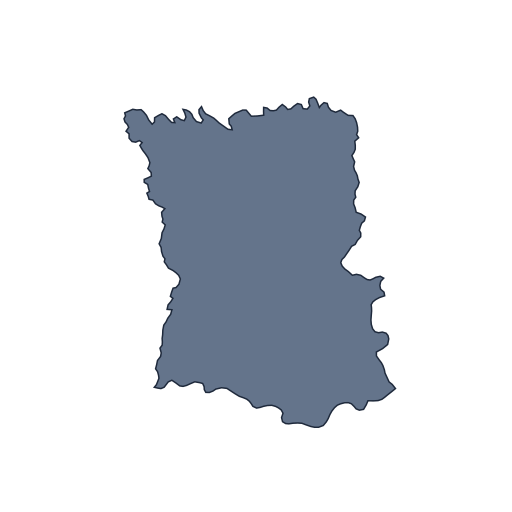 the district of Varjão de Minas, Minas Gerais, Brazil, rotated 247°
{"feature_id": "56859067B57978075646781", "entity_name": "Varjão de Minas", "entity_type": "district", "adm_level": 2, "iso_a3": "BRA", "parent_name": "Brazil", "parent_adm1": "Minas Gerais", "projection": "mercator", "projection_center": [-45.92, -18.46], "detail": "fine", "context": "isolated", "style": "filled", "palette": "slate", "viewbox_px": 512, "rotation_deg": 247, "n_neighbors": 0, "source": "geoboundaries", "source_scale": "gbopen_adm2", "svg_char_len": 4201}
<svg xmlns="http://www.w3.org/2000/svg" viewBox="0 0 512 512"><g transform="rotate(247 256 256)"><path d="M357.2,390.9L357.2,385.5L360.7,381.9L364.7,380.8L368.6,381.2L370.6,378.5L369.4,374.8L367.9,372.3L372.7,372.5L376.9,372.5L379.7,371.2L380.0,366.6L377.1,364.6L373.1,364.2L371.2,360.6L373.2,356.9L377.7,356.9L380.1,353.8L379.1,349.2L377.8,345.6L378.5,342.4L381.6,341.5L385.2,339.4L383.9,335.2L382.3,331.8L382.9,328.8L384.4,325.8L387.8,324.1L389.8,321.1L386.0,319.4L382.6,318.1L384.4,311.8L386.5,306.3L390.7,305.0L394.1,304.0L395.5,300.9L395.5,297.1L395.5,292.4L394.5,289.0L393.0,284.6L388.0,283.0L385.1,283.9L381.5,283.4L383.6,279.7L387.4,277.4L390.3,275.6L392.9,274.0L396.3,272.5L399.4,271.0L402.9,268.3L406.6,265.2L410.4,264.2L414.8,264.2L413.0,260.7L409.7,259.4L404.6,259.7L401.9,260.6L399.8,257.5L403.0,253.7L407.9,252.2L411.5,252.3L414.8,251.2L417.6,248.9L419.5,246.1L415.3,246.3L411.2,245.8L408.6,242.9L410.8,240.1L415.1,237.4L414.4,233.5L410.5,233.4L411.9,230.5L415.9,228.9L420.5,227.5L423.7,225.0L423.5,221.3L422.9,216.7L419.0,214.9L417.9,211.9L423.1,210.4L428.3,210.1L432.6,208.8L435.6,207.4L437.0,203.3L439.2,199.9L439.1,196.5L439.1,191.1L435.9,190.6L433.9,188.1L430.5,187.8L427.3,189.0L424.2,189.1L421.6,185.1L418.1,186.9L414.0,185.2L409.8,186.6L407.8,189.7L407.8,193.7L404.9,195.5L403.2,192.3L400.1,192.6L397.1,193.1L393.4,194.1L388.7,195.0L383.4,194.8L380.8,192.9L378.7,190.6L373.8,192.1L370.4,190.9L370.2,187.3L370.2,183.0L367.5,181.9L364.2,184.3L360.2,183.5L357.0,183.2L356.5,180.1L353.0,180.1L350.0,179.7L347.8,182.9L343.3,183.9L340.1,186.2L337.8,188.6L335.2,190.6L333.1,186.2L329.4,185.0L326.3,184.7L323.9,182.9L320.1,184.6L316.9,181.9L314.1,178.6L309.1,175.7L305.1,171.6L301.0,172.0L297.0,170.8L292.2,170.3L289.0,171.1L286.5,169.3L283.0,170.1L279.0,170.7L275.0,174.0L271.7,175.9L268.4,177.3L264.4,177.4L260.1,174.0L258.2,170.1L258.8,167.1L255.8,164.3L252.3,161.4L249.5,163.0L247.2,159.7L245.4,156.0L241.6,153.3L239.4,157.6L235.7,154.7L233.2,150.5L230.5,147.5L228.4,144.1L224.2,141.3L220.0,139.3L216.8,137.4L213.4,136.2L210.6,134.8L208.7,131.6L203.8,130.9L200.8,128.9L198.3,124.5L194.8,122.1L191.4,119.5L188.0,120.2L184.4,119.7L181.4,118.9L178.9,116.5L176.4,114.0L174.9,111.1L172.9,113.8L171.1,116.7L171.1,120.2L172.8,123.2L174.4,126.0L174.5,130.0L170.5,132.6L166.2,135.1L164.5,137.9L164.0,141.5L164.1,145.6L164.1,150.5L161.4,154.7L159.5,157.1L156.0,157.2L153.2,156.2L150.1,156.5L148.6,159.7L148.5,163.6L149.2,167.0L148.2,172.8L145.5,177.5L137.7,182.7L133.4,185.8L130.4,189.1L127.8,191.6L125.0,193.1L122.0,193.9L118.8,194.4L115.8,197.1L115.0,200.7L114.7,204.2L113.9,208.2L112.4,212.2L109.9,215.3L107.5,217.3L104.4,219.1L100.7,219.4L97.3,216.4L93.1,215.7L90.2,217.8L88.7,220.6L87.6,224.8L86.0,229.1L84.1,232.9L81.4,235.7L77.6,239.9L75.4,243.1L73.9,246.7L73.7,251.7L75.8,255.8L78.1,258.9L81.2,262.1L83.6,265.2L85.7,269.0L86.9,272.6L86.9,276.0L86.3,280.2L84.9,283.7L82.7,286.1L79.0,287.6L76.2,288.4L73.7,290.9L72.8,295.1L75.9,299.3L79.0,302.5L76.7,307.7L75.2,311.9L74.9,315.9L75.7,319.3L76.7,322.6L77.9,327.1L79.5,332.6L84.6,331.2L88.1,329.3L97.9,329.0L101.1,329.7L105.6,330.0L108.7,329.7L112.6,328.7L116.9,327.8L120.6,329.3L121.3,336.4L123.1,342.6L127.8,345.8L131.2,346.4L134.1,345.6L136.6,342.6L137.5,338.8L139.8,335.9L143.4,334.9L148.0,335.4L152.2,336.8L156.5,339.0L160.1,340.9L163.2,342.1L166.2,343.0L168.1,345.6L169.1,349.1L169.5,353.3L169.1,358.9L172.7,359.7L176.7,357.7L180.5,358.5L183.9,360.9L185.7,364.9L188.8,362.4L189.6,357.9L189.3,354.8L189.3,351.7L190.9,349.1L193.4,347.3L197.3,344.9L199.9,341.3L200.6,337.2L205.6,334.9L209.3,332.7L213.0,331.4L216.7,331.4L219.2,333.7L220.5,337.0L222.5,340.1L224.7,343.6L227.6,347.8L227.9,351.8L230.7,355.4L232.8,359.9L236.2,361.4L239.2,361.1L242.1,363.4L244.9,366.1L246.0,369.5L249.1,372.0L253.6,369.1L257.1,365.3L261.7,366.1L265.8,366.2L269.3,367.8L271.1,370.8L274.3,371.3L277.3,372.8L280.0,376.8L283.4,379.7L287.0,379.9L290.2,380.6L293.4,380.6L296.4,380.2L300.3,380.8L304.1,383.6L307.7,383.5L311.0,383.5L313.1,386.7L315.5,389.1L319.0,390.6L323.1,391.8L324.7,396.7L328.4,396.0L331.1,398.4L334.9,399.8L339.4,400.7L343.6,400.9L347.4,400.1L349.5,395.7L354.2,392.6L357.2,390.9Z" fill="#64748b" stroke="#1e293b" stroke-width="1.5"/></g></svg>